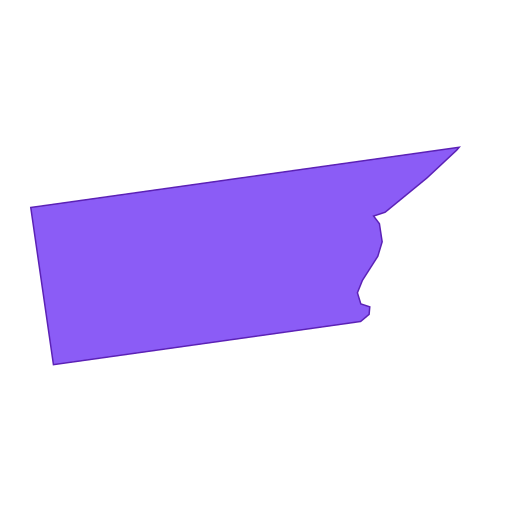 Bristol Bay, Alaska, United States of America (Natural Earth projection), rotated 172°
{"feature_id": "52423323B97700503252046", "entity_name": "Bristol Bay", "entity_type": "district", "adm_level": 2, "iso_a3": "USA", "parent_name": "United States of America", "parent_adm1": "Alaska", "projection": "natural_earth1", "projection_center": [-156.978, 58.751], "detail": "fine", "context": "isolated", "style": "filled", "palette": "violet", "viewbox_px": 512, "rotation_deg": 172, "n_neighbors": 0, "source": "geoboundaries", "source_scale": "gbopen_adm2", "svg_char_len": 372}
<svg xmlns="http://www.w3.org/2000/svg" viewBox="0 0 512 512"><g transform="rotate(172 256 256)"><path d="M161.5,176.6L152.1,182.5L150.4,189.8L158.9,194.0L160.7,205.5L154.0,217.1L135.4,238.8L129.1,252.5L129.3,270.8L134.0,279.2L122.0,281.4L75.7,309.6L42.4,333.0L39.7,335.4L472.3,335.4L471.7,176.6L161.5,176.6Z" fill="#8b5cf6" stroke="#5b21b6" stroke-width="1.5"/></g></svg>